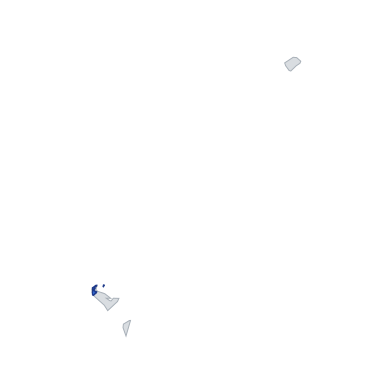 Kolovai, Tongatapu, Tonga (highlighted), rotated 14°
{"feature_id": "48082658B55363984375879", "entity_name": "Kolovai", "entity_type": "district", "adm_level": 2, "iso_a3": "TON", "parent_name": "Tonga", "parent_adm1": "Tongatapu", "projection": "albers", "projection_center": [-175.316, -21.101], "detail": "fine", "context": "in_parent", "style": "filled", "palette": "blue", "viewbox_px": 384, "rotation_deg": 14, "n_neighbors": 0, "source": "geoboundaries", "source_scale": "gbopen_adm2", "svg_char_len": 2001}
<svg xmlns="http://www.w3.org/2000/svg" viewBox="0 0 384 384"><g transform="rotate(14 192 192)"><path d="M138.4,317.3L139.8,317.3L141.4,314.1L146.8,312.9L146.2,316.3L138.9,327.5L134.3,323.1L120.9,316.0L118.1,310.5L122.6,306.3L122.1,309.7L124.4,311.2L132.0,311.8L138.8,314.8L134.5,315.8L138.4,317.3ZM262.6,44.3L258.6,50.7L256.8,50.6L252.3,46.8L250.7,44.3L257.6,36.8L261.1,36.3L265.9,38.8L265.6,41.0L262.6,44.3ZM163.4,331.5L162.8,347.7L157.9,340.3L157.4,336.8L162.4,331.8L163.4,331.5Z" fill="#d9dde1" stroke="#a8b0b8" stroke-width="1"/><path d="M123.5,312.0L123.1,311.9L122.9,311.9L122.6,311.9L122.2,311.8L121.7,311.8L121.3,311.7L121.0,311.4L120.9,311.4L120.9,311.2L120.8,310.9L120.7,310.3L120.7,309.9L120.7,309.7L120.8,309.6L120.7,309.6L120.7,309.4L120.6,309.2L120.6,308.9L120.7,308.4L120.8,308.3L120.8,308.1L120.9,307.9L121.2,307.3L121.4,307.1L121.6,306.6L121.8,306.6L122.0,306.3L122.0,306.2L122.0,305.9L122.0,305.7L121.7,305.8L121.4,305.9L121.2,306.1L121.1,306.3L120.9,306.5L120.7,306.7L120.3,307.2L120.1,307.6L119.8,307.8L119.6,308.1L119.3,308.4L119.2,308.5L118.9,308.8L118.7,309.0L118.8,309.2L118.8,309.4L118.9,309.5L119.0,309.8L119.1,310.0L119.2,310.4L119.3,310.5L119.3,310.8L119.4,311.1L119.5,311.4L119.5,311.7L119.6,311.8L119.5,312.0L119.6,312.4L119.6,312.5L119.6,312.8L119.7,313.0L119.6,313.3L119.8,313.4L119.9,313.6L119.9,313.8L120.0,314.1L120.1,314.4L120.1,314.5L120.1,314.8L120.1,315.0L120.4,315.4L120.5,315.5L120.8,315.9L121.0,316.1L121.3,316.0L121.4,315.9L121.5,315.8L121.7,315.5L121.9,315.2L122.0,315.0L122.1,314.9L122.2,314.7L122.4,314.5L122.5,314.3L122.4,314.2L122.4,313.9L122.6,314.0L122.7,313.8L123.0,313.5L123.2,313.4L123.1,312.9L123.2,313.0L123.3,312.9L123.1,312.8L123.2,312.7L123.5,312.0L123.5,312.0ZM128.8,304.8L128.7,305.0L128.8,305.1L128.9,304.8L129.1,304.6L129.2,304.3L129.3,304.2L129.4,303.9L129.3,303.7L129.2,303.7L128.9,303.6L128.7,303.8L128.7,304.0L128.8,304.1L128.9,304.3L129.0,304.3L128.9,304.6L128.8,304.8Z" fill="#3b82f6" stroke="#1e3a8a" stroke-width="1.5"/></g></svg>